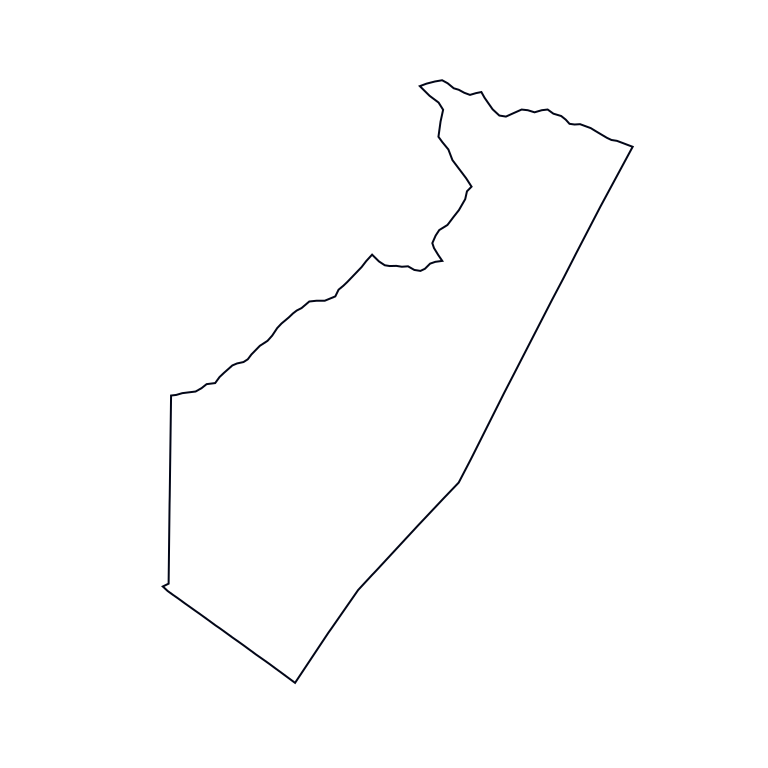 São José da Tapera, Alagoas, Brazil (Albers equal-area conic projection), rotated 99°
{"feature_id": "56859067B81495136309648", "entity_name": "São José da Tapera", "entity_type": "district", "adm_level": 2, "iso_a3": "BRA", "parent_name": "Brazil", "parent_adm1": "Alagoas", "projection": "albers", "projection_center": [-37.538, -9.529], "detail": "fine", "context": "isolated", "style": "outline", "palette": "ink", "viewbox_px": 768, "rotation_deg": 99, "n_neighbors": 0, "source": "geoboundaries", "source_scale": "gbopen_adm2", "svg_char_len": 1899}
<svg xmlns="http://www.w3.org/2000/svg" viewBox="0 0 768 768"><g transform="rotate(99 384 384)"><path d="M469.7,294.8L447.0,287.2L442.1,285.6L373.9,263.9L352.8,256.9L340.6,252.9L310.2,242.9L274.6,231.2L252.3,223.6L230.9,216.6L225.6,214.9L174.9,198.0L110.8,175.5L109.7,180.9L108.6,186.1L107.4,192.0L107.4,197.5L106.0,202.3L103.1,209.6L101.1,214.6L98.9,219.9L97.9,225.0L96.7,231.0L97.9,236.4L98.0,241.5L94.5,245.8L91.6,250.9L90.5,259.0L87.3,265.3L88.9,271.0L92.1,277.8L91.1,284.8L91.4,291.0L96.2,298.4L100.8,305.4L100.8,312.1L95.7,319.7L89.9,325.3L85.5,329.5L80.4,333.5L82.3,338.6L85.0,344.3L83.8,350.3L81.7,356.2L81.0,361.4L77.0,368.2L74.9,374.1L77.2,380.9L80.7,389.0L84.2,395.2L92.2,384.1L97.5,374.1L103.9,368.5L116.0,369.2L131.3,368.9L135.9,364.3L142.3,357.1L152.2,351.4L167.9,335.1L175.4,328.4L180.7,332.2L188.7,332.7L200.5,337.2L208.2,341.5L217.0,346.2L223.3,353.5L229.3,356.2L237.3,358.3L241.9,355.9L248.0,350.7L253.3,345.7L255.3,352.4L257.9,357.3L263.8,361.6L266.6,365.7L266.6,371.9L264.0,378.7L265.4,384.7L265.4,390.3L266.6,396.8L266.6,401.8L263.7,408.2L258.1,416.0L265.4,420.8L272.0,424.4L289.1,436.3L293.3,439.5L297.9,443.6L305.1,445.8L311.0,455.5L312.3,463.6L314.2,470.7L321.9,477.3L325.1,481.7L328.6,485.0L333.2,488.5L340.3,494.7L345.4,498.2L353.7,502.0L359.6,505.8L365.7,512.6L375.6,519.6L380.9,522.4L384.3,526.2L386.7,532.4L389.4,536.7L397.9,543.7L402.8,547.5L409.5,550.9L411.9,559.2L416.6,563.5L420.9,568.9L424.6,581.8L427.3,587.5L428.7,592.5L528.2,578.1L536.2,577.0L614.9,565.5L618.6,570.8L622.3,565.3L625.3,559.4L627.6,554.6L631.9,546.2L637.5,534.9L639.9,530.0L643.7,522.5L648.8,512.6L650.9,508.1L654.6,500.8L658.0,494.2L661.9,486.2L664.2,481.6L666.9,476.4L671.1,468.3L674.4,461.5L678.4,453.4L681.9,446.7L688.2,434.5L693.1,425.1L638.3,400.0L633.7,397.7L591.5,377.3L574.6,366.0L570.0,362.8L518.6,328.4L487.7,307.3L469.7,294.8Z" fill="none" stroke="#020617" stroke-width="2"/></g></svg>